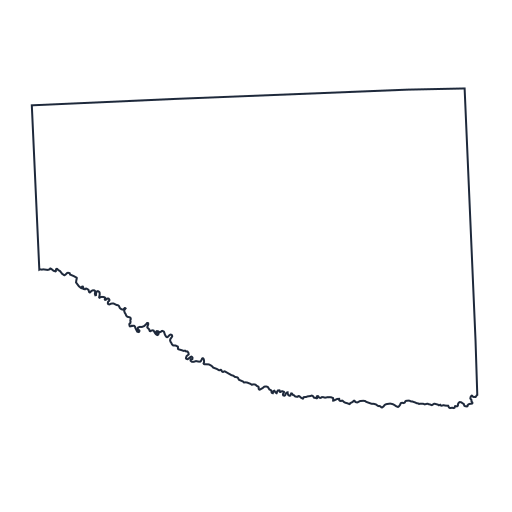 Pichi Mahuída, Río Negro, Argentina (Albers equal-area conic projection), rotated 177°
{"feature_id": "61730980B95848117097679", "entity_name": "Pichi Mahuída", "entity_type": "district", "adm_level": 2, "iso_a3": "ARG", "parent_name": "Argentina", "parent_adm1": "Río Negro", "projection": "albers", "projection_center": [-64.189, -39.336], "detail": "fine", "context": "isolated", "style": "outline", "palette": "slate", "viewbox_px": 512, "rotation_deg": 177, "n_neighbors": 0, "source": "geoboundaries", "source_scale": "gbopen_adm2", "svg_char_len": 6026}
<svg xmlns="http://www.w3.org/2000/svg" viewBox="0 0 512 512"><g transform="rotate(177 256 256)"><path d="M202.5,110.8L202.3,111.3L202.6,112.2L202.6,112.6L202.2,112.9L201.2,112.7L200.9,112.0L200.4,111.4L199.3,110.9L198.6,111.0L197.7,111.6L196.6,111.6L194.4,110.9L191.5,111.3L190.8,111.1L190.3,111.2L188.4,111.0L186.5,110.1L186.3,108.8L186.6,108.1L186.5,107.5L185.5,107.7L182.4,109.0L180.4,109.0L180.3,108.5L180.5,108.0L180.4,107.6L179.8,107.0L178.7,106.7L178.2,107.0L177.2,107.0L175.7,105.5L174.5,104.8L172.6,104.2L170.4,103.2L170.0,103.4L169.6,104.1L167.1,105.2L166.0,106.3L165.5,106.4L165.1,106.2L164.8,105.5L164.2,104.9L162.9,104.5L162.3,104.5L159.7,105.7L156.3,105.8L155.0,105.5L154.5,105.4L153.6,104.6L148.4,102.4L146.1,102.2L144.0,101.5L142.3,100.1L141.5,99.7L140.4,99.7L139.7,99.3L138.7,98.3L138.1,98.1L136.6,99.0L135.3,100.5L134.3,101.0L133.2,101.3L129.7,101.6L127.2,100.9L125.5,99.9L124.0,98.7L122.1,97.8L121.0,98.5L119.8,100.0L119.3,101.2L118.8,101.6L117.7,101.8L116.5,101.4L116.0,101.5L115.1,101.9L114.5,103.0L113.7,103.5L111.1,103.6L110.2,103.4L108.7,102.6L107.7,102.6L104.5,101.3L103.3,100.6L101.8,100.3L100.9,99.7L100.1,99.9L97.9,99.8L96.5,99.6L95.3,99.0L92.8,99.5L92.1,99.4L91.5,99.0L89.9,98.6L88.5,97.9L88.1,97.9L85.9,99.1L85.3,99.1L82.0,98.0L81.4,97.4L80.9,97.4L79.8,97.8L79.2,97.0L78.6,96.8L76.5,97.2L74.8,96.7L71.9,96.4L71.3,94.8L70.8,94.3L70.2,94.0L68.0,94.2L66.8,93.8L66.1,93.9L65.6,94.2L65.2,95.5L64.9,95.7L63.8,95.4L62.9,95.4L62.5,95.7L62.2,96.1L62.1,97.4L61.2,98.9L60.1,99.5L58.6,99.1L57.3,98.0L56.3,97.4L55.8,95.6L55.1,95.1L53.3,94.7L52.7,94.9L52.5,95.4L52.5,95.8L51.6,96.7L50.5,97.1L48.0,97.3L47.6,97.7L47.6,98.4L48.4,99.5L48.4,101.0L49.4,102.4L49.1,103.9L48.4,104.9L47.8,105.3L47.4,105.1L46.9,104.3L46.3,103.9L44.1,103.7L42.8,105.4L42.3,105.7L41.2,159.8L38.9,412.4L96.0,414.2L328.4,417.1L472.0,418.2L473.1,253.7L472.5,254.0L470.7,253.6L469.1,253.8L464.7,253.0L462.7,253.5L462.3,254.2L462.0,254.3L461.1,253.8L458.9,251.8L457.5,251.4L457.2,251.1L456.7,251.3L456.5,252.7L456.3,253.3L455.8,253.6L455.2,253.5L454.1,252.2L452.5,251.2L450.4,248.2L449.4,247.6L449.1,247.2L448.3,246.8L447.2,247.4L445.5,248.9L444.6,249.1L443.0,248.6L442.6,247.2L439.1,245.5L436.2,243.7L436.2,242.7L436.6,241.6L437.1,239.0L434.5,235.1L432.4,233.2L431.9,233.0L431.6,234.2L431.1,234.6L430.5,234.5L430.2,233.6L430.0,232.1L428.5,231.7L427.9,232.3L427.0,232.3L425.9,231.6L425.1,231.0L424.5,228.7L424.0,228.3L423.5,228.4L422.2,229.7L420.6,230.3L419.2,230.1L418.5,229.4L418.5,228.4L418.9,226.6L418.5,225.2L417.9,225.3L417.6,227.5L416.9,228.8L415.8,229.2L415.2,228.9L414.3,228.1L414.1,227.5L414.1,225.7L414.8,222.9L414.5,222.5L412.8,223.2L410.7,223.1L409.5,222.7L408.9,222.3L408.7,222.0L409.3,220.7L409.0,220.1L408.4,220.1L406.5,221.3L405.5,221.2L405.0,220.6L404.7,220.0L404.7,219.5L405.0,218.9L405.9,218.3L406.3,217.6L406.4,216.2L406.0,215.6L404.9,215.3L403.2,216.0L401.4,216.1L400.7,216.0L397.7,214.3L396.8,214.2L396.1,213.8L395.4,213.1L394.8,211.4L394.5,211.0L393.5,210.1L392.3,209.5L391.4,209.5L389.8,210.9L389.3,210.8L389.0,210.5L390.3,208.9L390.5,208.0L390.0,206.1L389.3,205.0L388.7,203.2L387.6,202.0L386.0,201.6L384.7,201.0L384.4,200.2L384.4,199.4L384.8,198.7L384.9,197.9L384.7,196.8L385.1,195.5L385.7,195.2L386.1,194.6L385.9,192.8L385.5,192.3L384.4,192.4L383.6,192.9L383.1,192.6L382.3,192.8L381.2,192.6L380.5,191.6L380.1,190.1L378.6,186.7L377.4,186.2L376.7,186.4L376.4,187.0L376.3,187.4L376.5,187.9L377.7,188.4L377.8,188.7L377.8,189.9L377.7,190.5L377.4,190.8L375.8,191.3L373.7,191.1L371.3,191.9L368.8,194.1L368.4,194.7L367.6,194.8L367.2,194.5L367.2,193.4L368.3,190.7L368.2,190.2L366.4,188.2L366.3,187.2L366.0,186.6L365.4,186.4L364.5,186.9L363.3,187.2L362.2,186.9L360.8,184.2L360.1,183.2L359.1,182.4L358.5,182.2L357.7,182.7L357.2,183.9L357.2,184.3L357.6,184.7L358.6,184.5L359.4,184.8L359.8,185.3L359.6,185.8L359.0,186.2L358.4,186.1L357.8,186.0L356.4,185.0L355.8,185.0L354.6,185.5L354.1,186.0L353.4,186.1L352.1,185.4L351.8,185.0L351.1,182.3L350.2,180.5L349.7,179.9L349.2,179.6L348.6,179.6L346.5,181.5L345.5,182.0L344.7,181.8L344.0,181.2L343.9,180.1L344.3,179.5L345.9,177.5L346.2,176.3L345.9,174.9L345.2,173.8L344.5,172.1L343.4,171.0L340.9,170.8L340.0,170.2L338.9,169.7L338.7,169.3L338.8,167.4L338.3,166.9L335.1,165.8L333.2,165.0L331.8,165.2L330.8,164.3L329.8,164.4L329.3,164.1L328.5,162.7L328.4,161.2L330.5,159.7L331.2,158.1L331.3,157.5L330.9,156.9L329.7,156.5L329.0,156.9L326.5,158.7L325.7,158.9L325.0,158.3L324.7,157.6L325.0,156.4L326.4,156.3L326.9,155.5L326.7,154.7L325.5,153.7L323.7,153.6L321.4,154.2L319.1,153.6L317.3,153.4L316.6,153.9L315.6,155.5L315.2,156.4L314.6,156.7L314.2,156.6L313.6,155.7L313.4,154.5L313.4,152.7L314.0,151.5L313.7,150.9L313.1,150.6L309.3,150.3L308.3,150.0L306.4,148.8L305.4,147.9L304.6,146.8L301.1,145.3L299.0,143.9L298.2,143.8L297.1,144.2L296.6,143.8L296.0,142.5L295.3,142.0L294.6,142.0L293.7,142.5L293.0,142.3L286.8,138.3L284.8,137.6L283.5,136.4L281.1,135.8L280.5,135.4L279.5,133.3L275.5,131.3L274.6,130.3L273.2,130.4L271.5,130.1L268.4,128.7L266.8,127.6L266.2,127.9L265.4,127.9L264.0,127.8L263.1,127.4L262.1,126.3L260.5,125.4L260.2,124.8L260.3,123.6L260.2,123.0L259.7,122.4L259.3,122.3L256.2,123.8L254.7,125.0L253.8,125.2L252.3,125.1L251.0,124.5L249.6,122.0L248.1,121.2L247.7,120.5L247.6,119.1L247.4,118.6L246.8,118.2L246.4,118.1L245.8,120.0L245.1,120.4L244.7,120.5L243.8,118.9L243.1,118.2L242.6,117.9L242.4,118.2L242.1,119.4L241.1,120.6L239.6,120.6L239.4,120.1L239.5,119.3L239.2,119.0L238.6,118.9L237.6,119.5L236.8,119.6L235.2,118.9L235.1,118.6L236.1,117.1L236.3,116.5L236.3,115.9L236.0,115.3L235.3,115.1L234.8,115.0L234.1,115.5L233.8,116.4L232.7,117.9L231.6,118.2L231.5,116.7L231.2,116.0L230.9,115.3L229.9,114.7L229.0,114.8L228.1,116.9L227.5,116.9L227.1,116.6L226.5,115.4L225.3,114.9L224.4,113.8L223.6,113.5L222.1,113.2L221.6,113.3L221.1,113.9L220.6,113.9L220.0,113.7L218.3,112.0L216.7,111.1L216.4,111.2L215.9,112.4L215.4,112.6L213.3,112.6L211.8,113.1L209.0,113.3L207.6,113.7L206.5,113.1L205.4,111.4L204.1,111.2L202.9,110.7L202.5,110.8Z" fill="none" stroke="#1e293b" stroke-width="2"/></g></svg>